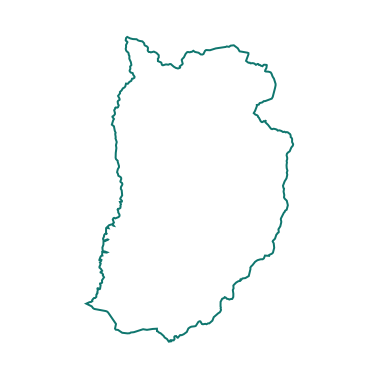 outline of Ilebo, Kasaï-Occidental, Democratic Republic of the Congo, rotated 12°
{"feature_id": "63176286B19501088760626", "entity_name": "Ilebo", "entity_type": "district", "adm_level": 2, "iso_a3": "COD", "parent_name": "Democratic Republic of the Congo", "parent_adm1": "Kasaï-Occidental", "projection": "mercator", "projection_center": [20.49, -5.056], "detail": "fine", "context": "isolated", "style": "outline", "palette": "teal", "viewbox_px": 384, "rotation_deg": 12, "n_neighbors": 0, "source": "geoboundaries", "source_scale": "gbopen_adm2", "svg_char_len": 6003}
<svg xmlns="http://www.w3.org/2000/svg" viewBox="0 0 384 384"><g transform="rotate(12 192 192)"><path d="M111.8,323.2L117.7,324.7L119.4,326.2L120.8,326.7L132.1,326.4L133.5,326.5L134.9,327.2L145.1,336.9L145.1,341.6L146.0,342.5L148.3,342.3L153.0,344.2L158.3,343.7L160.4,343.1L161.3,342.2L164.3,341.2L172.7,336.4L176.6,336.2L182.1,334.1L186.1,333.0L186.7,335.4L187.6,335.5L188.8,336.3L190.7,336.7L194.2,338.7L195.5,340.0L198.1,341.0L200.4,343.2L202.8,342.3L202.8,341.9L201.5,341.8L201.8,341.4L204.9,340.9L205.5,339.5L204.8,337.5L205.1,336.7L206.4,336.2L207.9,337.4L208.4,337.5L210.2,334.4L211.6,334.2L213.4,332.9L216.0,330.0L216.8,326.3L217.9,325.0L219.3,323.9L222.8,322.7L223.6,322.1L225.2,317.8L226.2,316.9L227.1,316.8L229.1,319.0L230.2,319.1L232.4,318.2L233.7,318.3L235.1,317.1L236.2,316.9L238.7,313.6L239.3,309.9L243.0,305.0L244.1,304.0L244.6,302.8L244.9,301.3L244.2,299.9L244.2,298.8L243.7,298.0L242.8,293.5L243.7,290.2L245.5,288.9L245.8,288.1L246.8,288.2L248.4,289.2L249.2,289.1L250.9,289.4L251.6,288.9L253.6,288.2L254.2,286.1L253.6,282.9L252.3,279.4L252.7,277.7L251.9,274.9L252.4,273.9L254.0,271.4L255.8,269.7L257.2,269.1L257.5,267.8L258.0,268.3L259.3,266.1L262.1,265.1L265.0,262.4L265.2,255.2L264.8,253.9L265.3,252.5L266.3,251.1L268.2,247.2L270.2,245.1L273.0,243.6L275.1,243.1L276.1,242.0L276.6,239.0L280.7,238.4L280.6,237.5L282.9,235.8L283.8,234.5L284.0,229.5L282.6,225.2L281.2,223.6L281.3,222.9L282.9,220.4L283.4,216.1L284.1,215.0L284.2,214.4L285.0,213.7L285.2,213.1L284.3,210.5L285.5,207.2L285.6,203.4L285.4,202.1L284.5,200.2L284.5,199.4L286.2,193.0L286.8,192.2L287.0,190.9L288.3,189.6L288.5,185.0L286.5,180.8L284.0,179.2L283.1,178.1L282.9,175.8L281.5,172.6L281.3,169.5L280.6,169.0L279.7,167.0L280.4,162.3L281.6,159.0L281.6,155.3L280.7,153.4L280.9,151.3L279.7,149.0L278.9,146.1L278.7,143.3L278.1,142.0L278.3,140.1L278.0,138.7L276.9,136.4L276.9,134.9L277.6,133.5L279.1,131.9L279.9,127.8L281.0,125.7L281.0,124.2L279.5,122.3L278.9,119.3L278.0,118.2L277.2,117.9L276.6,115.9L275.9,115.0L273.2,113.7L271.9,113.8L271.3,114.2L269.9,113.8L268.6,114.4L266.7,113.7L264.7,113.5L263.0,114.1L261.9,113.3L259.8,113.1L258.5,113.2L257.3,113.9L256.0,113.6L252.4,110.5L249.5,108.7L249.2,108.3L249.3,107.2L248.9,107.1L248.3,107.9L247.4,107.8L246.5,108.9L245.7,109.1L244.6,108.6L241.9,105.3L241.0,104.8L240.6,103.9L239.8,103.4L237.9,103.1L236.0,102.0L236.8,99.6L237.6,94.6L237.3,93.4L239.1,92.7L239.7,91.0L242.2,89.7L243.2,88.3L244.8,87.8L250.6,84.1L251.2,82.2L251.6,72.8L251.6,70.4L251.3,68.9L248.6,64.1L246.9,62.4L245.1,59.6L244.0,58.6L241.9,58.4L239.1,58.8L238.4,58.6L238.3,57.6L239.0,55.2L238.8,52.4L238.2,52.2L236.1,52.5L235.6,52.8L234.8,54.3L232.9,54.1L232.3,53.7L231.1,53.8L230.4,53.1L229.6,53.1L228.1,54.3L226.3,53.4L224.7,53.3L222.4,54.0L221.6,53.5L220.8,53.8L219.7,53.6L217.6,52.5L218.6,45.7L218.3,44.4L217.3,44.2L209.3,44.5L206.9,41.9L202.4,39.8L199.4,40.8L198.0,42.3L195.7,42.4L194.8,43.1L185.4,46.6L180.1,49.6L176.3,50.2L175.4,51.2L174.5,54.7L173.5,55.4L171.9,55.6L169.5,54.4L165.9,54.4L163.9,53.6L162.6,55.0L161.5,55.3L160.9,55.8L158.9,55.9L158.1,56.3L157.0,58.3L156.1,62.0L154.9,63.8L154.5,65.0L156.2,68.4L156.0,69.2L153.9,71.6L154.5,72.6L154.3,73.1L152.6,74.1L150.4,74.0L148.1,73.2L144.7,71.3L143.6,71.5L142.4,72.4L140.0,72.6L137.2,74.1L136.1,73.8L135.1,71.9L134.4,71.6L131.5,71.1L130.9,68.7L131.5,67.4L131.0,65.1L128.3,63.3L125.5,62.6L122.7,64.0L121.8,63.8L120.7,64.0L120.0,63.6L119.3,62.9L119.0,60.2L118.3,59.4L117.4,58.9L115.6,58.5L114.8,57.9L114.3,56.5L112.2,55.0L109.1,55.1L107.7,54.9L106.1,54.1L102.4,54.7L99.5,54.6L96.4,53.8L95.5,55.1L95.6,57.4L96.4,58.1L97.4,58.4L97.7,59.0L96.9,62.0L97.4,63.9L97.4,65.8L98.1,67.2L98.9,68.0L100.7,68.9L101.2,69.7L101.6,70.9L102.5,72.0L103.0,74.7L105.2,77.7L106.3,80.4L105.4,82.1L106.1,84.3L105.7,86.0L106.1,87.0L107.4,87.9L109.2,88.0L110.1,89.5L111.8,91.1L111.9,92.2L111.0,93.2L109.8,93.7L109.5,95.9L107.9,97.3L106.7,99.5L104.9,99.7L104.8,102.6L104.2,103.8L102.8,105.0L102.0,107.3L100.7,109.2L101.1,110.4L99.7,113.4L101.6,115.6L102.0,116.8L100.7,118.3L100.5,119.1L101.3,121.3L102.3,122.4L102.0,124.4L101.6,124.9L99.8,125.2L99.4,125.7L99.5,126.4L98.9,128.2L100.2,130.7L100.4,131.9L99.8,133.3L98.5,134.7L98.7,135.3L100.5,136.8L100.0,138.2L99.6,142.8L102.0,144.0L103.7,148.1L105.0,150.0L104.8,151.1L106.0,154.3L106.0,155.4L108.0,158.8L107.9,162.1L108.9,164.7L109.3,169.6L110.2,174.5L110.9,175.7L112.8,176.9L113.1,178.0L115.2,181.8L115.4,183.0L114.7,185.1L114.6,188.2L115.8,189.7L116.6,191.4L119.0,192.2L119.8,193.0L120.1,194.1L119.7,196.4L120.0,197.0L121.7,197.8L122.2,198.6L122.3,199.3L121.5,201.9L121.7,203.7L122.9,205.0L124.4,209.8L123.2,213.2L123.3,213.7L125.3,215.2L125.4,215.7L125.3,216.1L123.6,216.7L125.1,218.8L124.8,220.1L125.2,221.2L125.2,222.5L124.4,223.4L123.1,223.9L122.9,224.8L123.7,225.8L124.1,227.3L125.7,229.1L126.1,230.4L125.4,231.8L122.4,233.8L121.2,233.5L120.6,234.0L120.2,235.4L122.0,238.2L121.0,239.6L121.4,240.3L122.5,241.3L122.0,241.3L120.9,240.4L119.5,240.7L117.8,241.7L116.3,244.0L117.3,244.1L117.8,244.7L115.8,244.7L115.5,245.2L116.4,249.9L117.8,250.9L116.1,250.7L115.6,251.1L115.0,252.6L115.2,253.9L114.7,256.0L115.1,257.2L115.6,257.6L116.6,257.6L119.2,255.9L119.8,256.0L119.5,256.5L118.6,256.9L117.2,258.1L116.0,258.3L115.7,258.7L116.3,261.9L115.9,265.0L116.7,267.5L117.4,268.5L119.0,268.3L121.6,268.7L121.2,269.0L119.0,269.2L116.8,268.8L116.5,269.3L117.0,270.2L117.0,271.7L117.6,272.8L116.5,273.4L116.0,274.3L115.5,277.5L115.6,277.9L116.2,277.8L117.1,277.1L117.5,277.2L117.5,278.2L116.6,280.2L117.6,281.1L117.3,282.7L117.4,283.1L117.0,284.0L117.2,285.2L118.8,286.1L120.5,287.8L119.2,289.5L119.4,289.8L120.6,289.9L122.1,291.1L122.1,292.1L123.7,293.7L122.3,297.1L122.9,299.2L122.5,299.9L121.1,300.6L121.1,301.1L122.0,302.2L122.2,305.8L121.9,306.2L121.2,306.2L120.4,305.7L119.7,305.8L119.6,306.3L120.3,307.6L120.2,309.3L120.6,310.3L120.1,310.9L120.3,311.4L119.8,312.3L120.2,314.5L119.3,315.8L118.3,316.0L117.5,317.1L116.8,318.7L117.2,319.4L116.3,320.4L114.6,321.1L111.8,323.2Z" fill="none" stroke="#0f766e" stroke-width="2"/></g></svg>